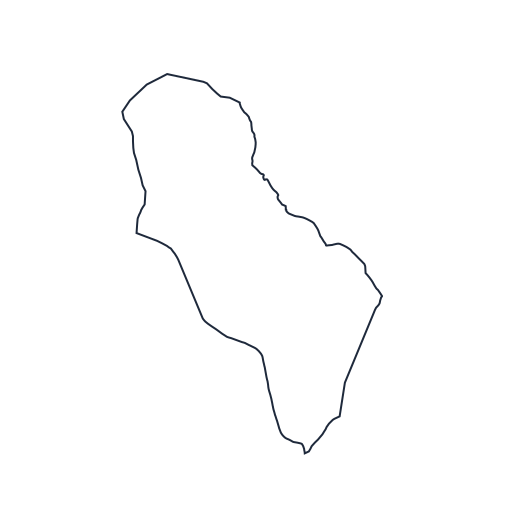 Ajuterique, Comayagua, Honduras, rotated 69°
{"feature_id": "27666195B64266786808273", "entity_name": "Ajuterique", "entity_type": "district", "adm_level": 2, "iso_a3": "HND", "parent_name": "Honduras", "parent_adm1": "Comayagua", "projection": "mercator", "projection_center": [-87.72, 14.397], "detail": "fine", "context": "isolated", "style": "outline", "palette": "slate", "viewbox_px": 512, "rotation_deg": 69, "n_neighbors": 0, "source": "geoboundaries", "source_scale": "gbopen_adm2", "svg_char_len": 6007}
<svg xmlns="http://www.w3.org/2000/svg" viewBox="0 0 512 512"><g transform="rotate(69 256 256)"><path d="M54.3,273.8L56.8,296.6L65.6,318.0L73.4,329.1L80.8,330.3L91.9,328.0L95.3,327.3L100.0,327.9L105.0,329.8L111.1,331.8L116.1,333.0L123.4,333.4L133.2,334.9L141.9,335.4L149.4,336.5L155.9,335.9L168.0,341.5L170.3,344.8L170.7,345.2L171.9,346.7L172.9,347.5L174.3,348.8L175.5,350.2L178.2,352.7L179.1,353.3L183.6,355.5L191.8,359.3L206.5,342.8L210.4,339.2L214.7,335.5L216.8,334.2L218.5,332.8L222.2,331.8L224.7,331.0L228.9,330.2L231.7,329.9L295.2,328.1L296.0,327.9L297.0,327.6L298.4,327.1L299.1,326.8L299.8,326.4L300.5,326.0L301.9,325.2L304.0,323.8L306.2,322.3L308.3,320.8L309.7,319.8L310.9,319.0L314.0,317.0L316.5,315.4L318.4,314.0L320.2,312.7L320.7,312.4L321.4,311.7L321.9,311.1L322.4,310.5L323.2,309.4L323.8,308.6L330.7,300.7L331.4,299.9L332.4,298.5L332.9,297.9L333.3,297.4L334.0,296.8L336.5,294.6L337.6,293.5L338.6,292.6L340.4,290.9L341.5,289.9L341.9,289.6L342.3,289.3L343.2,288.7L344.1,288.3L344.9,287.9L345.7,287.5L346.6,287.2L348.0,286.7L348.7,286.5L349.4,286.3L350.8,286.1L351.1,286.1L351.6,286.0L352.1,286.1L352.6,286.1L354.2,286.4L356.3,286.8L357.5,287.0L359.9,287.3L361.7,287.6L362.9,287.7L372.3,289.5L373.5,289.7L375.7,290.0L377.0,290.1L378.9,290.5L379.8,290.7L380.7,290.9L382.8,291.5L383.4,291.6L384.3,291.8L384.9,291.9L386.6,292.1L389.4,292.3L390.8,292.4L395.1,292.9L397.4,293.3L398.7,293.5L401.9,294.1L402.8,294.2L403.7,294.4L405.8,294.7L407.3,294.8L409.5,295.0L411.1,295.2L412.6,295.2L415.7,295.4L417.2,295.4L423.2,295.9L425.1,296.1L426.2,296.1L428.1,296.1L429.5,296.1L430.4,296.0L431.3,295.8L432.5,295.5L433.6,295.1L434.8,294.6L435.5,294.2L436.3,293.8L436.9,293.3L437.4,292.9L439.0,291.2L439.7,290.6L440.2,290.1L440.7,289.7L441.8,288.8L442.1,288.6L442.5,288.3L442.8,287.9L443.3,287.3L443.6,286.8L444.9,284.6L446.0,282.9L446.9,281.6L447.2,281.2L447.5,280.9L447.8,280.6L448.1,280.5L448.4,280.4L448.9,280.3L449.8,280.2L450.3,280.1L450.8,280.1L452.8,280.2L453.3,280.2L454.4,280.5L456.3,280.8L457.7,281.2L457.4,276.7L455.5,274.3L453.5,272.2L451.3,267.9L449.6,263.9L448.1,261.2L446.3,257.9L444.3,255.3L442.7,253.1L441.0,251.4L438.7,248.0L437.5,245.3L436.5,243.1L436.1,241.2L435.7,235.4L406.1,218.4L352.1,167.2L348.9,164.2L348.3,163.5L347.8,163.0L347.4,162.5L347.2,162.2L347.0,161.8L346.5,160.7L345.6,159.0L345.3,158.6L344.9,158.1L344.6,157.7L343.9,157.2L343.3,156.8L342.0,156.0L339.9,154.3L339.6,154.1L339.4,153.8L339.2,153.5L339.0,153.1L338.9,152.9L338.7,152.8L338.4,152.7L338.1,152.8L335.6,153.3L331.5,154.3L331.0,154.5L330.3,154.9L329.9,155.1L329.3,155.3L328.8,155.4L327.2,155.7L326.3,155.9L325.5,156.0L323.4,156.3L322.5,156.4L321.6,156.6L320.1,156.9L319.0,157.2L316.8,157.8L313.8,158.8L313.0,159.1L312.5,159.3L311.6,159.7L311.4,159.8L311.2,159.8L305.6,158.0L304.9,157.8L304.3,157.7L303.6,157.7L302.8,157.7L302.0,157.8L301.8,157.9L301.2,158.2L298.6,159.3L295.3,160.8L289.7,163.2L286.9,164.6L286.4,164.8L285.6,165.0L284.3,165.4L284.0,165.5L283.5,165.8L283.2,166.0L281.5,167.2L279.9,168.4L277.5,170.6L275.9,172.2L274.9,173.2L274.7,173.5L274.5,173.8L274.3,174.2L274.0,174.7L273.9,175.2L273.7,175.7L273.5,176.7L273.3,178.2L273.1,179.5L273.0,180.8L272.9,181.3L272.0,184.5L271.6,186.2L271.5,186.5L271.3,186.7L271.2,186.8L270.5,186.7L270.2,186.7L269.8,186.7L269.3,186.8L268.4,187.0L267.1,187.4L266.8,187.5L261.8,188.4L261.5,188.5L261.1,188.7L260.8,188.8L260.4,188.8L258.8,188.8L254.5,188.7L253.5,188.8L252.4,188.9L249.4,189.5L247.3,190.0L246.3,190.2L246.0,190.3L245.5,190.6L245.2,190.8L244.7,191.1L244.2,191.4L243.9,191.7L242.3,193.0L240.7,194.4L239.8,195.2L239.0,196.0L238.3,196.7L237.7,197.4L237.2,197.9L236.7,198.6L236.2,199.3L235.8,200.0L234.5,202.1L233.3,204.3L232.8,205.0L232.4,205.6L231.9,206.1L230.4,207.7L228.5,209.7L228.2,210.0L227.8,210.3L227.4,210.5L227.1,210.7L226.6,210.9L226.1,211.2L225.6,211.3L225.2,211.5L224.9,211.5L224.6,211.5L224.4,211.4L224.0,211.2L223.8,211.2L223.6,211.2L223.5,211.3L223.3,211.3L223.2,211.5L222.4,211.2L221.3,210.8L220.1,210.4L218.9,211.5L217.6,212.9L217.5,213.1L217.3,213.2L216.9,213.3L216.2,213.5L215.4,213.7L212.3,214.7L211.4,215.0L211.2,215.0L210.8,215.1L210.2,215.1L209.4,214.9L208.8,214.8L208.4,214.6L208.1,214.4L207.8,214.1L207.5,213.7L207.3,213.5L207.1,213.4L206.9,213.4L206.6,213.4L206.3,213.4L205.9,213.5L205.2,213.7L204.8,213.8L204.0,214.0L203.0,214.5L202.7,214.7L201.8,215.2L201.0,215.6L200.1,216.0L199.5,216.2L198.2,216.6L196.7,216.9L195.3,217.2L194.3,217.3L191.6,217.6L190.7,217.7L189.9,217.8L188.9,218.0L188.6,218.1L188.3,218.6L188.1,219.0L188.0,219.3L188.0,219.6L188.0,219.9L188.1,220.3L188.1,220.5L187.9,220.8L187.5,221.0L187.3,221.1L186.9,221.1L186.6,221.1L185.5,221.1L185.2,221.0L184.8,220.9L184.5,220.7L184.2,220.5L183.7,220.0L183.5,219.9L183.4,219.8L183.2,219.8L182.9,219.8L182.7,219.9L182.4,220.0L182.1,220.3L181.7,220.9L181.6,221.1L181.4,221.4L181.1,221.7L180.8,221.9L179.7,222.6L179.1,222.8L178.3,223.0L177.9,223.2L175.7,224.0L173.3,225.1L170.0,226.9L167.9,226.3L167.4,225.9L166.9,225.6L166.5,225.4L166.1,225.2L165.7,225.1L165.2,225.0L164.7,224.9L164.2,224.9L163.9,224.8L163.7,224.7L163.4,224.6L162.8,224.3L162.4,224.1L162.2,223.8L160.3,222.1L159.4,221.2L158.9,220.7L158.4,220.3L154.4,217.7L153.2,217.1L151.6,216.3L150.1,215.7L149.6,215.5L149.0,215.4L147.7,215.1L146.6,214.9L145.8,214.8L144.7,214.8L144.1,214.7L143.6,214.6L142.9,214.2L142.4,214.1L142.0,214.0L141.7,214.0L141.2,214.0L139.9,214.3L138.6,214.7L138.2,214.7L137.8,214.8L137.4,214.7L136.6,214.6L135.3,214.2L134.4,214.0L133.7,213.8L132.8,213.6L131.3,213.1L130.3,212.8L129.4,212.6L129.2,212.6L128.9,212.6L128.7,212.6L128.1,212.8L127.8,212.9L126.9,213.0L126.4,213.0L126.0,213.0L124.9,213.0L124.2,212.9L123.5,212.9L123.2,213.0L122.8,213.1L121.7,213.5L121.1,213.7L120.1,214.1L119.1,214.6L118.1,215.2L117.5,215.5L117.0,215.6L115.8,215.9L114.6,216.2L112.6,216.6L112.0,216.7L111.6,216.7L110.3,216.7L109.3,216.6L108.6,216.6L107.8,216.5L107.2,216.4L106.9,216.2L98.8,223.8L94.5,231.8L90.2,234.2L84.7,236.9L77.2,239.9L74.5,242.7L54.3,273.8Z" fill="none" stroke="#1e293b" stroke-width="2"/></g></svg>